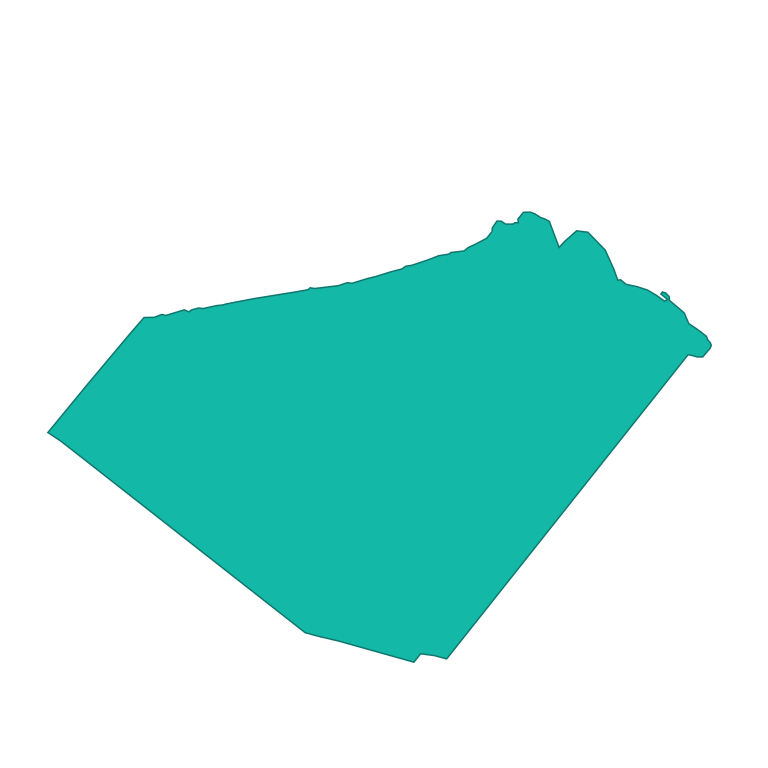 N'Gourti, Diffa, Niger (orthographic projection), rotated 218°
{"feature_id": "23599985B32057380818540", "entity_name": "N'Gourti", "entity_type": "district", "adm_level": 2, "iso_a3": "NER", "parent_name": "Niger", "parent_adm1": "Diffa", "projection": "orthographic", "projection_center": [13.567, 16.185], "detail": "fine", "context": "isolated", "style": "filled", "palette": "teal", "viewbox_px": 768, "rotation_deg": 218, "n_neighbors": 0, "source": "geoboundaries", "source_scale": "gbopen_adm2", "svg_char_len": 1383}
<svg xmlns="http://www.w3.org/2000/svg" viewBox="0 0 768 768"><g transform="rotate(218 384 384)"><path d="M158.8,620.0L164.8,620.1L171.8,619.9L181.0,619.2L191.1,624.8L198.5,625.2L210.5,625.6L212.8,628.3L217.8,629.2L221.3,627.9L221.2,625.4L212.5,625.1L213.9,622.0L223.8,621.6L234.4,620.2L244.8,616.4L254.5,611.6L261.7,611.8L263.7,609.7L273.6,616.0L292.1,625.7L316.8,629.1L326.5,623.3L326.9,621.2L329.3,608.4L330.1,599.4L353.8,613.9L359.1,613.0L363.4,611.5L369.6,611.0L374.7,609.4L379.8,605.2L380.0,596.3L377.4,593.9L380.3,591.5L380.8,589.4L386.6,584.9L391.8,584.5L395.3,582.0L394.8,573.9L392.7,570.6L392.8,562.1L397.5,551.6L401.7,543.2L402.8,538.2L410.1,530.9L412.2,528.9L412.7,526.4L420.0,518.6L423.3,512.9L427.7,505.9L435.3,494.5L439.3,490.3L440.8,485.6L447.9,476.3L456.6,463.7L461.9,457.0L471.1,443.8L475.3,441.2L480.5,433.4L497.4,416.6L501.5,414.3L501.9,411.5L511.2,401.2L524.2,387.2L539.3,370.9L549.9,358.8L557.7,349.8L560.1,346.6L564.0,342.9L573.0,332.1L576.8,329.8L581.1,324.2L582.2,320.7L587.0,319.5L598.3,303.5L601.7,302.2L606.3,294.9L614.0,288.7L615.1,267.8L617.4,201.8L619.0,138.8L603.6,140.0L578.5,140.0L292.9,139.5L279.0,145.4L262.2,153.2L189.2,183.2L189.0,194.0L176.9,201.1L165.4,205.9L162.4,594.4L158.4,596.3L154.1,598.0L149.5,601.6L149.0,613.0L149.9,616.0L152.3,617.4L156.7,618.3L158.9,620.0L158.8,620.0Z" fill="#14b8a6" stroke="#0f766e" stroke-width="1.5"/></g></svg>